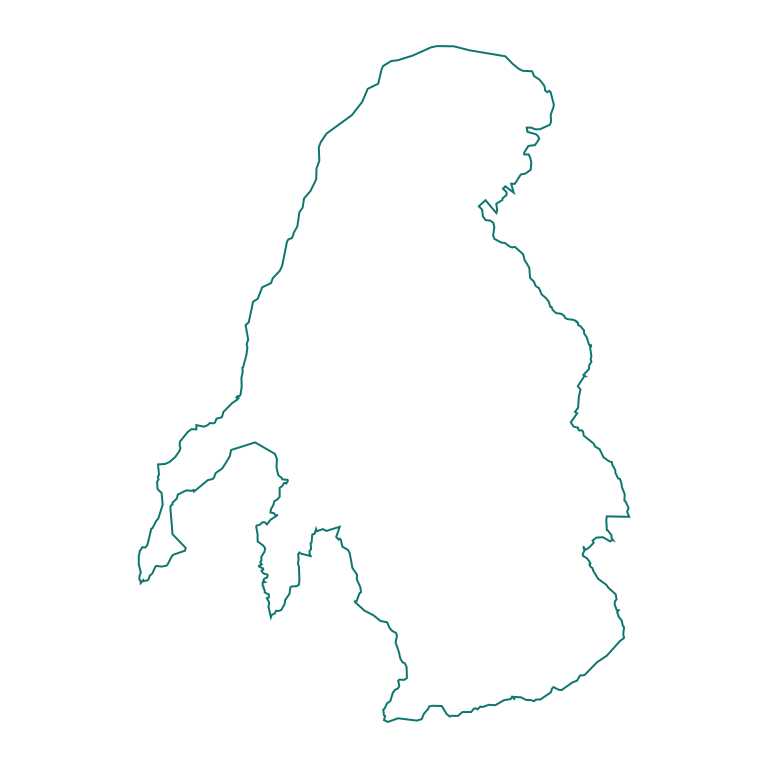 the district of Tochimilco, Puebla, Mexico
{"feature_id": "50627088B20303152105824", "entity_name": "Tochimilco", "entity_type": "district", "adm_level": 2, "iso_a3": "MEX", "parent_name": "Mexico", "parent_adm1": "Puebla", "projection": "natural_earth1", "projection_center": [-98.619, 18.927], "detail": "fine", "context": "isolated", "style": "outline", "palette": "teal", "viewbox_px": 768, "rotation_deg": 0, "n_neighbors": 0, "source": "geoboundaries", "source_scale": "gbopen_adm2", "svg_char_len": 6102}
<svg xmlns="http://www.w3.org/2000/svg" viewBox="0 0 768 768"><path d="M367.8,88.8L362.1,102.0L352.0,115.0L326.4,133.7L320.8,142.1L318.8,147.1L319.3,160.8L316.5,168.6L316.2,179.3L310.4,191.1L304.1,198.4L302.6,207.6L299.4,212.3L297.3,226.6L293.9,232.5L292.1,238.0L288.4,239.4L287.0,241.7L282.2,265.6L279.8,270.8L272.7,278.3L271.1,283.0L262.2,287.3L257.8,298.7L253.1,301.7L248.7,322.4L245.6,325.1L248.2,339.6L246.6,344.2L247.4,347.2L246.4,355.1L243.0,367.5L242.3,367.8L242.8,371.4L241.4,378.1L241.7,386.6L240.5,394.9L239.3,396.2L237.5,396.1L236.5,397.6L238.4,398.3L237.3,399.6L232.1,403.1L223.5,411.8L221.9,417.2L216.5,418.7L214.9,422.6L213.8,423.3L209.8,423.1L207.4,425.3L204.1,426.7L196.4,425.1L196.3,429.4L191.5,429.2L187.7,432.0L179.8,441.8L179.7,446.2L180.5,447.8L179.5,450.9L175.4,456.8L169.6,462.0L164.9,464.0L158.0,464.4L159.0,474.7L157.8,476.9L158.6,479.3L157.1,481.9L157.4,487.9L157.8,489.3L161.6,493.0L162.7,504.6L158.3,518.5L156.2,520.9L152.4,528.3L151.3,528.7L147.5,544.7L145.4,547.5L142.4,547.2L139.8,551.1L138.8,556.5L138.8,564.4L140.8,572.6L139.6,575.7L139.3,579.3L140.4,580.5L140.7,583.1L143.2,580.2L143.5,581.1L147.5,580.4L148.6,579.4L149.8,575.6L152.3,573.5L155.1,567.2L156.4,565.9L161.4,566.6L166.1,565.8L167.4,564.9L171.8,556.2L173.6,554.6L185.0,550.7L185.7,547.9L172.5,534.2L170.4,508.1L170.7,505.7L172.5,504.6L172.4,502.8L176.7,498.7L177.8,494.6L186.2,490.4L192.0,490.8L193.6,490.0L194.0,491.6L207.8,480.1L212.7,479.0L213.9,477.7L215.7,473.0L222.1,468.6L226.0,462.7L229.9,456.0L231.1,450.0L255.1,442.4L274.8,453.8L276.9,458.6L276.5,467.3L278.2,475.1L281.6,477.9L282.3,479.4L287.5,479.8L287.8,481.2L286.2,483.6L285.1,482.8L283.8,483.3L282.6,485.7L279.6,488.0L279.7,496.6L277.6,499.3L274.3,501.2L273.3,505.2L270.9,509.3L270.5,512.6L273.6,513.0L275.5,515.2L277.8,515.0L270.6,519.7L266.9,524.4L265.0,522.4L262.7,522.2L259.5,524.9L256.7,525.5L256.2,526.6L257.6,534.5L257.6,541.4L263.2,545.6L265.2,548.3L264.4,551.9L261.2,557.0L261.5,560.2L260.3,562.2L261.8,564.4L259.0,565.8L259.0,566.5L263.0,568.4L263.3,569.6L261.5,570.6L261.9,571.8L263.8,573.6L267.4,574.6L267.7,575.4L267.1,577.4L264.0,578.9L263.4,581.0L265.0,582.1L262.7,582.5L262.7,586.1L263.6,586.8L263.6,588.7L264.7,589.9L264.7,592.4L268.9,594.6L268.8,597.5L266.8,598.2L269.2,602.6L268.5,606.9L270.9,617.3L271.8,614.8L274.9,613.4L276.0,610.8L279.3,610.9L281.5,609.7L284.7,603.8L285.0,600.3L289.4,594.0L290.4,587.4L291.8,586.4L296.7,586.2L298.9,584.8L299.4,579.9L298.9,566.3L297.9,563.6L298.6,559.2L298.1,554.3L299.4,552.5L300.5,553.5L310.6,556.1L309.5,553.5L309.5,551.1L311.1,548.9L310.6,543.4L311.6,542.4L312.2,535.3L312.4,534.4L314.6,533.8L316.1,529.0L316.9,531.2L322.8,529.1L326.4,530.9L339.7,526.8L336.2,537.0L338.6,539.6L339.8,538.7L340.8,539.8L342.4,546.7L347.8,549.8L349.7,553.0L352.4,567.9L357.0,574.7L356.8,579.2L360.4,587.4L361.0,592.2L359.5,593.3L356.6,601.1L354.8,601.4L355.2,602.3L364.6,610.7L373.5,615.3L380.5,621.0L387.2,622.3L389.0,626.9L391.5,630.4L396.2,633.2L396.9,636.0L395.6,642.5L399.1,652.7L400.2,658.3L402.5,662.2L404.8,663.3L406.6,667.0L406.9,678.1L404.2,679.9L399.5,679.6L398.2,680.6L399.3,685.7L398.8,687.1L397.7,688.6L395.2,689.7L392.8,692.8L390.4,700.9L387.1,703.3L384.5,708.7L383.3,709.6L383.9,715.1L385.1,716.0L384.0,720.1L387.9,721.9L398.0,718.3L417.0,720.6L421.7,719.1L423.9,713.8L428.4,708.6L429.1,706.4L432.5,705.8L441.8,706.0L446.5,713.9L449.8,716.6L451.1,715.8L458.0,715.9L462.4,712.1L471.2,712.0L473.6,708.9L475.6,708.2L477.5,709.4L480.5,706.5L482.3,707.1L488.9,704.8L495.3,705.2L504.1,700.1L510.6,699.1L512.2,696.8L514.2,698.9L514.6,697.8L513.5,696.9L520.9,697.3L526.0,699.9L530.9,700.1L534.0,701.2L535.7,699.7L540.5,699.4L550.8,692.4L552.1,688.5L553.5,687.1L558.5,689.7L561.5,690.1L572.6,682.3L577.1,680.6L580.0,675.5L584.5,675.1L597.3,662.0L606.8,655.7L619.8,641.2L624.1,637.8L623.2,634.1L624.1,627.4L622.8,625.7L621.6,620.3L618.8,616.9L617.1,612.2L618.7,610.3L616.7,610.0L614.6,604.3L614.9,601.3L616.6,599.3L615.6,594.2L608.5,587.9L606.3,584.8L598.1,578.8L593.2,570.7L592.6,568.2L590.6,566.8L589.4,564.3L590.4,563.6L589.4,561.5L586.9,558.2L583.0,555.9L582.7,554.2L584.4,550.6L583.3,546.3L585.1,550.0L589.1,547.6L593.7,542.8L592.6,540.6L596.4,537.6L602.8,537.2L610.3,541.4L612.3,539.8L613.0,540.1L611.6,538.2L611.4,535.1L608.0,530.6L606.9,530.2L606.3,520.5L606.7,516.4L629.2,516.8L627.1,511.7L628.6,508.1L625.5,501.3L624.4,500.6L624.7,494.3L621.9,487.0L621.4,483.1L619.9,478.9L618.2,478.5L617.1,476.4L615.4,472.8L615.3,470.2L612.3,464.8L611.9,462.1L609.2,461.4L603.5,457.3L599.6,449.2L595.1,446.6L593.7,443.6L583.7,435.6L583.1,431.7L581.9,430.3L579.5,430.5L578.5,429.9L578.0,427.7L573.6,426.6L570.8,422.3L577.2,413.3L575.0,411.9L578.1,407.6L578.9,396.7L580.5,389.6L577.8,386.2L584.3,376.2L585.2,376.2L583.5,374.9L589.1,368.9L589.1,365.4L591.4,361.8L590.6,359.3L591.4,356.3L590.2,348.0L591.2,346.0L590.9,345.1L589.8,345.8L589.0,344.6L586.8,337.5L584.0,333.1L584.0,330.5L580.5,326.2L578.1,325.0L577.9,322.6L576.7,322.3L576.7,321.5L573.7,319.9L567.4,319.1L565.2,318.0L564.1,315.7L561.3,313.8L556.1,313.1L552.7,310.0L551.5,306.9L550.3,306.9L548.8,301.8L546.1,298.2L541.6,294.4L539.1,288.3L535.6,285.9L533.9,281.6L530.1,277.9L529.3,267.7L524.6,260.1L523.2,254.3L514.9,246.9L512.2,247.4L510.2,246.8L504.5,242.8L501.6,242.7L494.4,238.9L493.1,235.6L494.3,227.3L493.4,222.9L490.4,220.6L485.6,220.1L482.9,216.4L482.1,209.6L478.8,206.3L485.5,200.2L496.3,213.0L497.2,210.3L496.3,203.7L502.4,200.0L502.6,198.2L506.4,195.2L506.8,193.4L506.3,191.8L503.0,188.8L505.2,186.3L513.7,192.6L511.2,183.7L514.8,183.9L520.8,174.5L525.6,173.5L530.7,169.7L531.3,162.5L530.3,157.9L528.6,154.4L524.2,154.5L524.2,152.6L528.4,145.9L535.0,145.1L539.2,138.9L538.1,136.3L536.1,134.3L527.5,131.9L526.7,127.6L531.0,127.6L535.5,129.4L540.0,129.2L549.8,124.8L551.1,121.8L550.7,114.9L553.7,106.4L553.7,104.1L550.7,92.4L549.3,90.8L547.4,92.3L545.1,90.4L544.7,86.9L543.5,84.5L539.5,79.7L534.1,76.1L532.1,71.3L522.7,70.8L519.0,69.0L512.6,63.8L505.3,56.3L469.5,50.3L453.8,46.3L437.1,46.1L431.4,47.2L412.4,55.7L397.9,60.2L391.1,61.1L383.1,66.0L381.7,69.1L378.2,83.7L367.8,88.8Z" fill="none" stroke="#0f766e" stroke-width="2"/></svg>